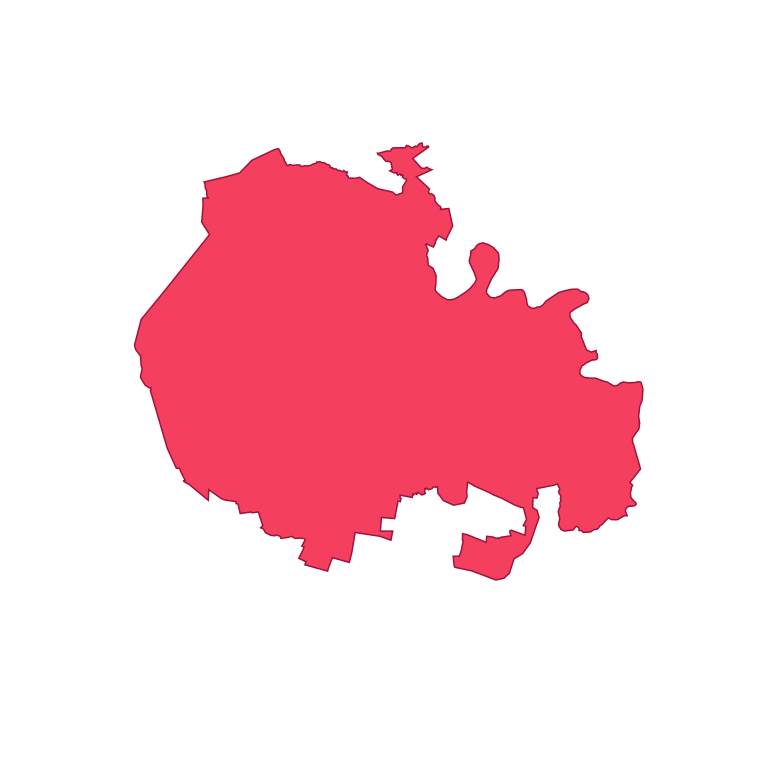 Acala, Chiapas, Mexico (Mercator projection), rotated 312°
{"feature_id": "50627088B13121801882345", "entity_name": "Acala", "entity_type": "district", "adm_level": 2, "iso_a3": "MEX", "parent_name": "Mexico", "parent_adm1": "Chiapas", "projection": "mercator", "projection_center": [-92.809, 16.528], "detail": "fine", "context": "isolated", "style": "filled", "palette": "rose", "viewbox_px": 768, "rotation_deg": 312, "n_neighbors": 0, "source": "geoboundaries", "source_scale": "gbopen_adm2", "svg_char_len": 6171}
<svg xmlns="http://www.w3.org/2000/svg" viewBox="0 0 768 768"><g transform="rotate(312 384 384)"><path d="M448.9,652.9L450.8,648.6L453.5,647.0L456.9,647.7L459.4,650.3L461.8,651.9L463.5,651.8L464.3,650.5L464.1,648.3L464.9,643.4L468.0,640.0L473.4,636.8L475.1,636.6L475.4,632.6L492.5,631.5L505.9,610.1L506.8,608.0L510.1,604.8L521.2,603.5L524.7,601.0L525.8,599.7L526.0,600.1L530.5,594.7L538.6,589.0L544.5,586.8L553.4,579.9L557.1,574.1L557.1,573.3L555.4,571.0L553.6,570.0L548.1,564.6L545.8,560.6L542.3,558.9L539.6,558.6L536.7,556.7L536.2,555.8L534.9,548.8L532.8,544.7L530.0,537.4L525.3,532.1L524.5,530.5L523.6,529.7L522.5,527.0L522.4,524.2L522.9,522.4L525.4,520.4L530.1,519.0L533.3,520.0L534.4,519.9L538.7,521.7L539.2,521.6L540.2,522.4L541.5,522.7L541.6,523.3L543.8,525.1L544.6,525.5L546.3,525.3L549.1,522.2L549.3,520.5L550.8,519.3L546.3,516.5L544.9,511.6L551.3,498.7L553.9,496.9L556.6,486.5L556.3,485.0L558.0,478.1L560.3,475.2L562.1,474.5L567.2,475.5L575.5,478.3L580.5,480.5L584.1,479.3L585.0,478.7L586.6,475.8L586.7,472.6L585.5,469.4L584.8,469.5L584.5,469.0L584.3,465.2L583.7,464.0L580.0,460.1L574.5,456.1L568.8,452.6L554.1,448.9L549.8,449.2L546.0,448.5L543.8,446.4L540.8,445.2L538.9,442.4L538.4,438.4L540.1,435.6L542.1,433.6L545.4,428.2L546.4,425.9L546.4,423.8L545.9,422.7L537.7,414.5L536.4,413.7L534.0,412.7L527.5,411.7L521.9,408.6L519.8,405.4L519.6,403.3L520.2,399.3L522.9,397.1L534.1,393.5L546.0,391.5L553.1,386.5L557.1,382.5L557.9,380.9L558.6,374.6L557.5,368.4L555.1,363.1L552.3,361.1L549.2,360.2L545.0,360.8L540.9,359.6L537.8,362.1L532.6,364.9L531.4,366.4L527.2,376.4L523.8,382.6L519.7,383.9L512.2,384.0L507.5,383.3L497.8,380.8L493.8,379.2L491.0,377.0L489.0,374.7L487.5,368.5L487.4,361.5L488.3,358.9L488.9,358.3L492.7,355.9L499.4,350.2L502.9,342.9L501.9,337.9L502.2,337.0L506.7,332.4L508.0,329.8L509.9,328.4L512.0,327.9L513.4,326.7L514.0,324.4L514.8,323.9L515.3,321.6L516.4,321.7L518.8,329.0L522.4,328.1L525.3,326.5L530.8,325.7L532.5,333.9L535.1,332.7L547.4,329.3L557.8,314.7L551.6,309.2L552.8,308.9L553.7,306.8L553.4,306.3L553.3,303.8L554.3,298.8L556.1,297.8L557.4,295.4L557.4,293.0L557.0,292.0L555.9,290.8L556.0,289.6L556.3,288.8L557.4,288.0L559.4,287.4L559.7,269.5L575.3,276.2L573.9,272.7L574.0,271.1L573.6,270.6L571.4,269.9L569.5,267.4L570.8,254.4L590.0,258.6L590.4,257.5L589.4,256.7L587.7,256.1L586.4,254.7L586.5,253.5L588.5,251.3L587.8,250.2L585.2,249.4L582.4,249.6L581.8,248.2L580.0,247.5L579.0,247.5L578.0,246.1L577.4,243.1L576.4,241.1L573.8,241.7L565.6,232.8L563.3,232.3L561.4,232.9L560.2,231.8L559.5,230.5L552.0,225.7L551.2,224.7L550.5,226.3L551.1,227.2L551.7,230.7L551.1,232.7L550.7,236.3L553.1,239.4L553.1,241.6L552.0,242.5L551.5,243.7L550.7,244.2L549.5,246.3L548.9,246.5L546.3,245.7L547.7,250.4L548.1,251.0L549.6,251.6L549.7,252.1L548.7,252.9L548.4,254.7L550.9,255.3L550.4,256.8L552.0,258.1L551.9,258.4L550.5,258.9L550.0,259.7L550.3,261.9L551.0,263.2L550.9,263.8L550.5,264.5L542.8,266.0L538.7,269.9L532.4,266.5L532.4,261.9L525.0,248.8L522.4,236.4L521.3,227.6L517.9,225.3L513.4,219.9L513.3,219.4L514.4,218.4L514.1,216.3L516.6,215.2L517.0,214.6L515.6,213.4L515.9,211.3L513.9,211.0L512.9,207.6L511.6,206.8L511.8,204.4L510.1,202.7L510.2,200.8L508.8,199.3L508.8,198.8L509.9,198.1L510.1,197.0L509.6,195.6L508.8,194.7L509.0,193.8L508.3,191.3L507.0,189.7L506.3,187.5L504.7,186.5L503.9,185.4L502.8,186.0L500.4,184.3L497.4,183.2L494.4,180.8L492.9,178.8L491.3,178.0L490.2,176.3L490.5,175.1L489.0,173.1L485.1,169.6L484.4,167.4L483.5,166.8L482.1,166.7L481.8,164.5L482.6,163.4L483.0,161.1L484.6,158.7L486.0,153.6L488.0,149.7L488.2,148.1L485.2,145.9L461.8,136.1L444.3,135.5L433.2,128.5L413.7,115.1L412.8,117.2L409.9,120.2L409.5,121.7L408.3,123.7L407.0,124.5L405.8,126.0L404.9,127.5L404.7,128.9L400.9,125.1L395.7,130.0L382.3,140.3L378.3,154.4L299.5,159.0L269.6,160.3L245.9,172.6L243.5,176.3L241.8,184.5L235.2,191.2L233.9,193.6L232.3,194.9L228.7,196.8L225.8,198.8L223.3,207.4L224.2,212.6L225.2,213.2L223.8,214.7L222.8,214.8L191.2,266.0L182.5,285.9L183.2,287.2L184.7,288.5L182.9,291.5L179.4,300.6L178.0,299.9L177.6,300.7L179.0,306.5L180.0,331.3L188.2,324.5L190.0,339.8L191.1,342.8L192.6,345.4L197.6,352.6L196.1,354.1L197.1,355.7L191.5,363.8L200.2,371.1L199.9,372.0L204.8,376.3L197.6,388.7L194.6,388.5L195.6,391.3L194.2,395.3L195.8,401.1L198.1,404.4L199.5,404.7L199.9,405.3L201.3,408.4L200.3,410.8L206.0,415.4L208.8,417.2L209.9,421.5L213.0,424.4L215.0,427.0L215.8,428.7L215.3,429.7L208.5,431.4L209.4,433.6L206.9,434.7L197.4,437.3L199.7,445.0L196.7,446.2L207.2,467.3L210.1,465.8L220.4,461.9L228.2,477.6L237.3,472.8L254.3,461.9L268.2,483.0L272.5,493.7L280.5,488.9L272.2,479.8L283.1,471.4L291.1,482.0L306.5,472.7L307.5,474.9L310.5,473.1L310.1,472.0L312.2,470.4L318.6,480.9L321.5,478.9L321.4,480.1L324.2,480.7L323.8,482.1L324.6,482.3L325.8,481.6L326.3,481.9L326.8,486.0L327.3,486.0L327.4,486.8L330.3,488.0L330.8,487.4L331.1,486.0L333.5,485.2L333.7,484.4L334.3,484.7L335.2,485.9L334.9,486.5L335.3,486.7L335.3,488.0L338.7,489.7L340.2,489.5L341.7,490.8L341.7,491.4L343.5,492.5L338.9,497.2L337.1,506.1L340.5,516.8L349.3,523.4L355.7,521.2L359.5,517.3L367.0,511.8L368.7,518.5L368.4,518.6L373.5,534.2L375.1,540.3L377.8,547.6L381.3,561.3L383.8,567.9L385.4,570.5L378.7,580.6L372.0,582.2L373.1,584.6L366.0,590.0L360.5,576.4L359.4,575.8L357.8,576.9L356.3,579.9L355.3,579.2L348.3,573.4L346.1,572.7L346.0,571.6L344.5,571.0L343.3,567.5L339.5,562.2L334.7,565.9L327.6,546.4L325.3,542.6L320.4,546.8L320.7,547.6L311.9,552.9L306.4,555.2L302.3,550.6L295.6,558.1L295.2,559.3L303.9,574.4L313.2,598.3L319.9,603.1L327.3,603.8L341.0,597.6L350.8,600.5L363.5,599.1L388.7,588.5L392.5,582.2L391.6,577.3L399.3,570.7L401.4,574.0L403.9,572.9L406.0,571.7L406.8,569.8L408.5,567.5L422.6,578.1L425.8,579.7L423.5,585.1L421.6,585.4L420.2,586.6L419.0,590.7L417.0,591.6L415.8,593.4L413.3,594.2L410.9,596.9L409.0,597.4L405.5,599.1L401.6,604.7L396.8,607.4L395.5,608.9L394.3,612.8L395.4,616.4L402.1,622.3L406.5,621.9L407.4,623.1L407.3,625.5L407.1,625.9L405.6,626.9L407.3,629.0L407.0,631.4L412.2,636.4L416.1,637.4L418.9,639.6L420.4,639.8L423.1,639.3L425.4,640.1L433.9,640.2L434.7,640.7L435.5,644.0L436.9,645.3L438.1,647.1L439.8,648.5L446.7,650.6L448.9,652.9Z" fill="#f43f5e" stroke="#9f1239" stroke-width="1.5"/></g></svg>